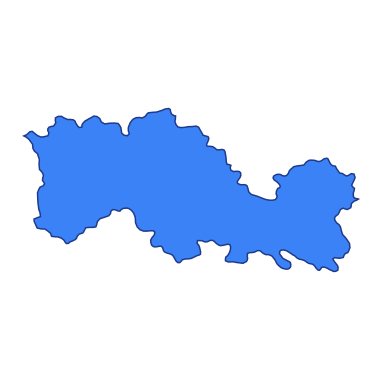 outline of Masty, Grodno, Belarus, rotated 178°
{"feature_id": "67162791B96733958179229", "entity_name": "Masty", "entity_type": "district", "adm_level": 2, "iso_a3": "BLR", "parent_name": "Belarus", "parent_adm1": "Grodno", "projection": "orthographic", "projection_center": [24.533, 53.402], "detail": "fine", "context": "isolated", "style": "filled", "palette": "blue", "viewbox_px": 384, "rotation_deg": 178, "n_neighbors": 0, "source": "geoboundaries", "source_scale": "gbopen_adm2", "svg_char_len": 5779}
<svg xmlns="http://www.w3.org/2000/svg" viewBox="0 0 384 384"><g transform="rotate(178 192 192)"><path d="M25.9,179.1L26.7,179.5L28.2,179.6L30.4,180.7L30.9,182.6L30.8,185.5L30.0,187.5L29.5,190.0L31.0,191.2L32.2,193.3L30.5,196.5L29.3,198.8L28.5,200.9L29.5,204.3L32.2,204.8L34.7,203.3L36.9,202.6L39.0,203.7L41.0,205.2L43.7,205.8L45.0,207.6L46.9,210.6L47.8,212.8L50.3,213.3L51.9,214.3L53.2,216.4L54.0,218.2L54.9,220.3L55.9,221.0L57.9,220.8L59.5,220.2L60.9,219.1L62.3,218.4L64.4,218.0L66.7,218.7L68.1,219.3L70.6,219.6L72.7,219.7L74.1,219.5L76.8,217.9L78.3,216.1L79.2,215.1L82.3,214.7L85.2,214.5L89.3,213.8L92.3,211.4L93.9,209.9L95.2,207.0L96.9,205.2L98.9,204.7L101.1,205.2L102.7,206.3L104.5,206.7L107.1,206.5L109.9,205.0L110.5,203.2L109.4,201.1L107.3,199.6L105.1,197.5L103.8,195.4L103.7,194.0L104.7,193.0L106.2,192.6L107.6,189.9L108.0,187.1L107.1,184.9L107.8,182.7L109.2,181.4L112.0,181.0L114.4,181.1L116.8,181.5L119.3,182.2L123.1,183.8L126.5,185.3L129.8,186.5L131.4,186.9L133.5,188.0L135.3,190.2L135.6,191.7L136.3,194.8L137.0,196.6L139.0,197.5L141.2,197.5L143.6,197.7L146.1,199.0L146.4,200.8L144.7,203.2L143.2,205.3L142.6,207.2L142.8,209.6L144.1,210.8L145.9,211.1L148.3,211.1L150.0,211.0L152.6,212.6L152.9,215.2L152.2,217.3L154.0,218.1L156.1,218.5L156.7,221.1L156.7,223.3L156.9,225.9L157.3,228.9L157.7,231.4L158.6,232.9L160.7,233.5L163.9,233.1L165.9,233.4L167.1,234.7L169.7,236.6L172.7,237.1L174.9,237.1L175.8,238.0L175.5,239.7L174.0,242.7L173.3,244.9L174.0,246.8L176.1,247.4L179.0,248.4L179.7,249.9L180.9,252.2L181.9,254.1L183.1,256.5L185.4,257.7L189.5,257.4L193.5,257.4L197.8,256.8L201.1,256.8L203.8,257.5L205.6,259.8L206.2,261.8L206.7,263.2L206.1,265.0L205.9,267.3L205.8,268.7L207.0,268.8L209.6,270.4L210.5,272.6L210.9,275.2L212.4,276.3L216.2,275.8L218.9,274.7L221.8,273.9L224.6,273.1L228.5,273.0L232.7,272.7L234.0,271.9L236.1,269.2L239.2,267.7L242.1,268.3L245.2,268.2L247.6,267.2L249.1,266.1L251.2,263.6L252.3,261.2L253.3,259.0L253.5,257.1L253.4,254.8L252.6,252.5L254.6,250.5L257.9,251.1L260.2,253.3L260.5,255.9L260.8,258.7L262.2,261.4L263.4,263.0L266.8,263.6L272.0,263.6L276.8,263.1L280.2,265.1L281.2,267.5L281.7,268.7L284.5,270.8L287.6,271.3L289.8,270.0L292.2,268.9L294.4,267.7L296.4,266.7L298.5,264.6L299.6,263.0L299.8,260.7L302.5,260.4L304.1,262.1L305.9,265.2L306.5,267.0L308.2,268.3L311.6,268.8L313.9,268.8L317.3,270.5L319.9,272.2L323.3,272.2L325.9,270.8L326.1,267.9L325.7,265.9L328.1,262.6L330.2,262.5L332.7,261.7L334.0,259.9L333.9,258.1L332.9,256.0L334.0,253.2L339.1,252.2L341.3,252.3L344.5,253.8L347.0,255.9L349.6,258.2L351.9,257.9L353.7,256.3L355.3,255.0L358.1,253.9L355.7,252.6L353.0,250.2L349.7,245.3L349.4,241.0L348.0,238.3L345.1,235.7L343.4,229.8L343.9,225.2L343.6,219.8L341.8,217.8L340.6,216.1L339.9,213.6L340.8,210.7L341.0,208.7L339.9,207.2L339.0,205.3L340.7,203.3L343.7,202.1L345.0,199.9L346.4,196.6L346.4,191.8L346.3,186.4L345.7,180.0L344.6,176.5L344.3,172.7L347.0,171.9L350.8,170.5L350.8,168.4L349.1,164.1L348.0,161.4L344.3,160.4L340.2,160.1L337.8,158.3L334.8,155.6L333.9,152.6L329.7,151.9L328.7,151.9L327.5,151.8L325.5,151.0L324.2,150.4L322.4,149.1L321.4,148.0L320.2,145.7L319.1,144.8L317.1,145.1L315.7,146.4L313.5,147.1L312.0,147.8L310.4,148.5L309.1,149.6L308.5,151.4L306.5,153.7L305.3,154.1L302.7,154.8L301.6,156.0L300.4,158.4L299.3,160.0L295.8,160.2L291.7,160.1L289.3,160.5L288.4,162.7L287.7,165.4L286.0,167.5L284.5,168.7L281.1,169.6L275.9,171.2L274.3,173.1L273.6,175.9L271.6,177.2L269.0,176.8L266.9,175.7L264.7,175.4L263.3,177.0L261.0,178.1L257.5,178.2L255.7,177.7L253.4,176.0L252.0,174.3L250.9,172.6L249.7,169.0L249.5,166.1L249.5,163.2L248.0,159.1L246.5,157.4L245.1,156.0L241.8,154.6L238.1,154.5L235.2,154.7L232.1,154.6L230.5,153.2L231.3,150.2L233.4,148.0L235.0,145.4L234.8,142.5L234.2,140.4L232.4,138.7L230.2,138.4L227.2,138.8L225.2,139.0L224.0,138.3L223.4,137.5L223.0,136.2L222.5,134.3L221.2,132.8L219.4,132.0L217.8,131.4L216.3,131.0L214.6,130.2L213.2,128.9L212.3,127.4L211.5,125.8L210.3,123.5L208.8,122.0L206.8,121.8L205.2,123.2L204.1,124.6L201.4,125.3L198.3,125.3L195.2,125.6L188.9,128.3L186.6,128.9L185.7,129.6L185.5,132.0L186.3,136.1L187.1,138.6L188.7,140.5L188.2,143.3L183.9,143.0L180.6,141.6L178.1,141.8L175.5,143.0L173.8,143.0L172.7,142.8L170.9,141.3L169.8,140.0L167.6,138.3L165.6,137.4L163.1,137.6L160.4,138.1L157.9,138.6L156.0,138.0L155.3,135.9L155.5,133.8L156.0,131.9L157.2,129.2L158.9,126.9L160.5,125.8L161.0,123.5L160.9,122.0L158.1,120.8L156.3,120.8L153.4,120.8L151.2,120.3L150.0,120.0L147.9,119.7L144.5,119.1L143.5,119.0L140.1,120.6L139.4,121.5L138.7,123.7L139.0,125.5L138.7,128.7L136.3,129.4L133.4,129.4L131.2,129.9L129.1,131.0L127.2,131.1L125.7,130.8L123.9,128.9L122.2,127.7L120.2,126.8L117.9,126.8L115.6,125.9L114.0,124.9L112.5,122.7L111.6,121.6L110.8,120.0L110.4,119.0L109.7,117.5L108.1,115.6L106.2,113.8L104.4,112.6L100.7,111.6L98.8,111.7L97.3,112.3L96.1,113.7L95.8,115.9L96.2,118.2L97.4,119.1L99.8,120.4L100.8,121.0L103.6,122.6L105.0,124.8L106.5,126.9L106.5,129.4L105.2,130.7L102.4,130.9L99.6,130.0L97.6,128.7L95.1,127.0L93.5,125.7L91.9,124.9L90.4,123.5L89.2,122.3L87.5,121.3L86.1,120.9L83.9,120.3L82.5,119.8L81.2,119.0L79.9,117.9L77.8,116.6L75.4,116.0L74.2,115.7L73.0,114.9L71.9,113.7L70.9,111.9L68.8,109.6L67.4,109.3L66.1,110.5L65.2,112.1L63.9,112.4L62.2,112.3L60.4,111.5L58.8,110.7L57.1,109.6L55.1,108.7L53.5,107.7L51.2,107.7L49.0,108.7L48.6,111.8L49.4,113.8L51.6,116.8L53.6,120.0L51.9,121.4L47.8,120.7L46.4,120.7L43.1,121.3L42.1,123.8L40.8,125.2L38.4,126.0L37.4,127.8L36.1,130.9L36.4,135.0L37.5,136.9L39.2,139.6L40.4,141.3L42.7,143.8L43.6,146.2L44.3,149.3L44.9,152.1L46.2,154.2L48.6,156.2L50.1,158.6L50.5,160.7L49.6,162.5L46.9,164.5L45.3,167.1L44.4,169.2L41.6,170.6L39.3,169.6L37.4,169.1L34.0,170.7L33.4,172.2L33.2,174.5L32.2,175.7L30.0,177.4L28.1,177.9L25.9,179.1Z" fill="#3b82f6" stroke="#1e3a8a" stroke-width="1.5"/></g></svg>